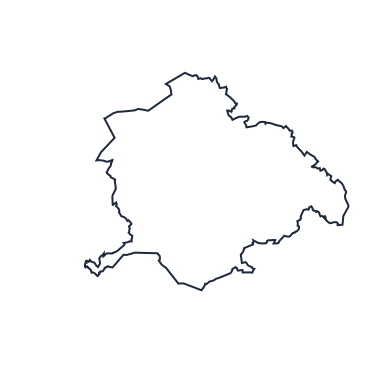 the district of Anaocha, Anambra, Nigeria, rotated 237°
{"feature_id": "59680162B92640548002056", "entity_name": "Anaocha", "entity_type": "district", "adm_level": 2, "iso_a3": "NGA", "parent_name": "Nigeria", "parent_adm1": "Anambra", "projection": "mercator", "projection_center": [7.011, 6.099], "detail": "fine", "context": "isolated", "style": "outline", "palette": "slate", "viewbox_px": 384, "rotation_deg": 237, "n_neighbors": 0, "source": "geoboundaries", "source_scale": "gbopen_adm2", "svg_char_len": 6041}
<svg xmlns="http://www.w3.org/2000/svg" viewBox="0 0 384 384"><g transform="rotate(237 192 192)"><path d="M108.9,321.5L110.9,321.4L111.6,321.4L112.7,321.9L114.1,322.2L116.9,322.4L119.1,322.0L121.1,321.2L122.8,321.0L122.9,319.3L122.2,316.9L121.8,316.6L122.7,316.0L123.7,315.7L124.6,315.3L126.3,315.0L126.7,314.7L128.2,315.9L129.4,317.4L130.4,317.0L130.9,316.7L133.2,315.9L132.7,314.6L133.7,315.0L134.9,315.6L136.8,315.5L138.3,315.8L139.4,315.6L140.0,315.1L139.6,314.1L139.5,313.3L139.9,311.3L142.5,312.1L142.9,310.4L145.4,309.2L147.0,306.7L147.5,306.4L148.0,306.4L147.9,310.1L148.8,313.2L148.9,314.4L152.3,313.6L154.6,313.9L158.2,312.0L163.1,310.1L161.3,306.2L163.4,305.9L163.8,306.1L167.5,305.7L170.2,305.1L173.2,304.7L174.6,304.9L174.8,303.6L175.3,302.1L177.7,303.2L178.6,303.8L180.1,305.2L180.9,306.7L182.1,307.6L183.0,306.9L184.5,305.5L185.2,306.5L185.7,307.0L186.3,307.0L186.7,307.2L187.0,308.7L188.4,309.2L189.2,309.2L190.1,307.4L193.0,307.3L194.7,306.8L196.1,306.8L195.8,303.4L197.5,303.3L198.9,302.4L202.7,298.7L206.3,295.9L209.5,292.5L209.2,290.8L211.0,291.3L212.3,289.5L213.4,287.6L213.7,285.7L213.5,284.3L212.9,281.9L213.7,279.6L215.7,274.8L216.6,272.9L218.4,273.8L222.1,273.8L222.2,274.6L222.2,275.8L221.6,277.1L222.4,278.7L223.6,280.1L225.8,279.6L226.2,277.5L228.7,273.8L229.5,272.3L230.2,268.1L230.3,266.3L230.5,265.2L233.4,265.6L235.6,264.6L236.6,264.6L239.1,265.2L241.1,265.9L240.1,267.0L240.1,267.5L238.9,267.9L237.8,268.7L237.9,269.0L238.7,269.8L239.5,270.4L239.8,270.8L239.1,273.0L239.9,273.0L240.7,276.5L241.0,277.2L241.8,277.8L242.3,276.8L243.4,276.7L244.7,276.8L247.3,276.4L249.0,275.8L251.2,275.5L252.1,275.0L254.5,274.2L255.2,274.2L255.5,273.8L259.5,277.6L261.0,277.4L261.7,277.8L262.2,275.8L263.4,273.2L264.1,272.0L266.5,272.6L267.3,273.1L268.9,272.9L271.0,272.9L274.0,274.3L276.4,274.1L274.8,271.5L274.0,269.1L276.8,268.7L277.9,268.9L278.7,268.1L279.2,266.4L279.9,265.3L280.2,264.5L280.5,264.1L280.6,263.8L280.5,263.5L281.0,262.4L281.7,261.6L282.5,261.3L282.9,261.1L283.4,258.8L283.8,258.9L285.6,259.6L286.1,259.7L286.8,259.2L287.3,259.1L287.8,259.1L288.2,258.2L288.4,257.3L288.7,256.4L288.6,255.9L290.4,254.4L295.8,251.0L296.8,229.0L292.7,230.8L289.0,229.8L285.0,227.9L284.0,199.5L288.3,195.2L291.0,192.0L291.8,188.1L296.4,179.2L299.8,173.1L300.9,169.0L301.0,160.2L301.4,158.6L279.6,156.6L274.9,137.3L270.5,129.1L269.3,131.5L266.7,134.6L265.5,135.7L264.9,136.0L264.2,136.6L263.6,137.4L263.1,138.4L262.2,142.6L261.1,141.6L260.3,139.7L259.4,139.4L258.5,138.3L257.8,136.9L257.1,134.7L255.4,132.2L255.3,131.4L254.9,131.1L253.1,131.2L249.6,132.4L248.8,131.9L248.3,132.0L246.1,133.4L244.3,134.3L243.5,133.4L237.0,130.3L236.7,130.3L236.0,129.6L232.4,123.5L231.0,122.4L225.1,118.9L224.5,118.5L224.2,118.6L224.5,122.6L222.5,122.1L221.5,120.6L220.0,121.0L217.5,121.3L215.6,120.8L215.5,120.3L215.3,120.1L214.5,119.7L214.0,119.6L213.2,119.7L212.0,119.7L210.9,119.4L209.8,119.9L209.2,120.3L208.4,121.1L206.8,121.8L204.8,122.2L203.0,122.0L202.9,123.4L198.5,124.0L198.3,123.9L197.9,123.2L197.5,120.7L197.2,120.2L195.5,120.1L194.0,118.5L193.2,118.0L192.8,117.6L192.4,116.8L192.2,116.9L190.4,117.0L189.3,117.3L187.8,118.1L185.7,116.3L185.7,115.8L185.1,115.3L184.0,114.9L183.4,114.5L184.7,112.7L184.7,111.4L185.7,108.9L185.7,108.4L186.1,107.8L186.5,106.9L184.9,106.8L184.5,106.3L183.2,97.0L183.4,95.1L183.9,93.5L183.7,93.3L184.0,92.1L183.8,91.8L186.8,87.3L187.0,86.6L186.9,85.6L186.5,84.6L186.3,82.7L187.0,83.2L188.1,84.2L188.5,84.5L187.9,82.9L187.8,80.1L187.3,79.0L186.7,78.0L183.5,76.6L182.0,75.8L180.3,72.3L182.4,71.6L185.7,71.7L186.2,71.5L186.7,71.1L187.5,70.2L188.1,69.8L190.5,69.4L189.9,68.7L189.7,67.6L190.3,67.6L190.6,67.4L191.6,66.3L191.9,65.6L191.7,65.2L190.4,65.4L190.0,65.2L190.5,64.2L190.3,63.5L189.8,62.9L189.3,62.7L188.0,61.8L186.8,61.6L186.9,63.4L185.2,63.6L185.1,64.0L183.9,64.0L182.2,64.6L181.2,64.6L180.7,64.2L180.1,64.2L179.0,63.9L178.8,64.8L178.3,65.3L177.3,65.9L176.3,66.3L173.0,66.9L172.9,67.7L173.5,68.2L173.5,69.4L174.8,69.9L174.9,70.4L174.7,70.7L174.5,70.9L174.5,71.1L175.2,71.4L174.8,72.8L174.2,73.7L174.3,74.6L175.3,76.6L175.8,77.2L175.6,77.6L175.9,78.3L175.5,79.1L175.5,79.6L175.8,80.1L175.5,80.7L175.4,81.3L174.6,81.5L172.0,84.3L176.6,100.1L176.2,101.2L175.0,102.4L172.2,111.1L159.4,129.7L158.4,129.6L156.8,130.1L155.7,129.9L153.9,129.1L152.6,127.8L152.6,126.8L147.7,127.0L145.2,127.8L142.9,128.9L122.6,130.7L120.0,135.1L104.4,146.5L105.7,149.8L107.0,152.2L107.9,153.0L106.9,154.2L107.4,157.9L106.3,160.8L106.0,163.1L106.2,164.5L105.3,167.7L103.0,179.8L103.7,182.0L104.3,183.0L105.0,183.4L105.3,183.8L105.5,184.6L105.2,185.7L105.1,186.9L105.4,187.4L104.8,187.8L104.1,188.2L103.8,188.2L103.3,188.1L102.8,187.7L102.1,187.7L101.1,187.7L100.9,187.9L99.9,190.3L99.0,191.9L96.9,190.7L92.5,197.6L91.8,198.1L91.8,198.5L91.6,198.8L92.7,200.3L93.6,202.4L95.0,201.1L96.3,201.3L99.8,199.0L103.2,199.0L103.9,198.8L105.3,195.2L112.9,198.8L113.8,201.9L115.7,204.5L116.5,205.1L114.8,214.9L116.6,215.2L116.6,216.1L116.8,216.2L116.9,217.0L117.9,217.2L113.6,219.5L112.9,220.1L110.5,222.9L109.5,225.0L108.6,226.0L109.1,227.4L109.5,228.0L110.0,228.1L110.0,229.7L108.7,231.7L107.5,234.1L106.3,235.6L104.4,232.4L103.0,234.5L102.2,236.7L103.4,238.9L105.1,245.6L103.0,247.3L101.5,249.5L102.7,254.5L102.0,255.5L102.0,256.0L102.5,256.8L102.1,257.3L102.0,258.4L102.3,260.5L103.1,261.7L104.7,263.0L106.3,262.2L107.3,263.2L108.3,263.8L110.2,264.5L109.8,267.7L110.2,268.1L110.5,269.0L112.3,269.8L116.1,275.7L115.1,278.8L114.5,279.5L113.8,279.9L114.4,281.4L114.8,281.6L115.4,282.2L115.3,282.5L115.0,284.3L112.4,284.2L111.2,283.5L110.1,283.8L110.1,284.2L108.6,285.4L107.8,285.2L107.5,285.6L107.8,286.2L107.8,286.5L106.0,287.4L104.7,287.1L103.9,286.8L101.6,286.5L101.0,288.2L99.4,288.5L99.4,290.3L97.9,290.3L97.6,289.9L97.7,288.8L96.5,289.0L95.7,289.4L95.0,289.2L92.1,290.0L90.9,290.6L90.4,291.1L89.3,294.8L87.8,296.9L85.6,297.2L85.1,296.1L84.6,296.4L82.6,300.4L87.5,304.3L89.3,305.6L94.3,314.9L95.6,315.9L102.3,316.8L104.9,317.7L106.1,318.9L107.7,321.0L108.4,321.4L108.9,321.5Z" fill="none" stroke="#1e293b" stroke-width="2"/></g></svg>